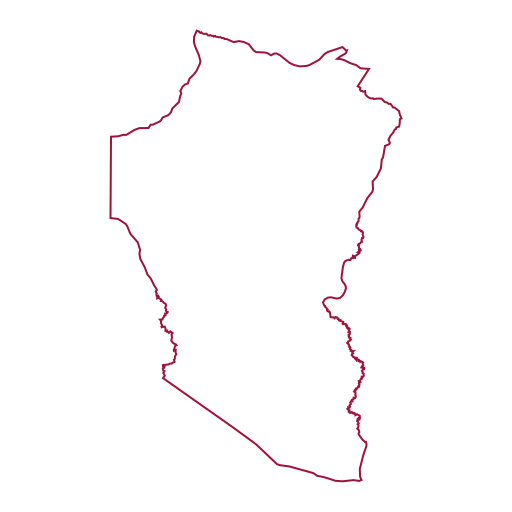 Koun Mom, Rôtânôkiri, Cambodia (Albers equal-area conic projection)
{"feature_id": "14789045B34257820589195", "entity_name": "Koun Mom", "entity_type": "district", "adm_level": 2, "iso_a3": "KHM", "parent_name": "Cambodia", "parent_adm1": "Rôtânôkiri", "projection": "albers", "projection_center": [106.798, 13.499], "detail": "fine", "context": "isolated", "style": "outline", "palette": "rose", "viewbox_px": 512, "rotation_deg": 0, "n_neighbors": 0, "source": "geoboundaries", "source_scale": "gbopen_adm2", "svg_char_len": 6041}
<svg xmlns="http://www.w3.org/2000/svg" viewBox="0 0 512 512"><path d="M361.5,480.0L360.1,476.8L359.8,468.9L363.4,454.7L366.4,446.1L366.5,444.1L365.9,441.9L365.1,442.1L362.5,439.7L358.9,434.7L358.5,433.4L359.4,432.0L358.5,429.5L357.3,428.7L358.3,427.0L358.5,425.3L357.7,424.3L358.7,423.5L357.8,421.5L357.1,421.1L357.7,419.7L359.4,419.6L359.4,419.1L357.9,418.7L358.9,417.6L359.9,417.8L359.7,415.7L357.2,414.3L355.5,415.2L355.5,414.2L354.4,413.9L354.4,413.1L352.4,413.3L352.2,413.0L352.7,412.6L352.0,412.0L350.1,412.9L349.6,412.7L349.5,410.8L348.7,411.3L348.6,409.7L347.4,408.9L348.2,408.1L348.2,407.2L349.5,407.7L350.1,406.5L349.5,405.3L350.9,403.9L350.2,402.6L351.0,401.5L352.2,401.4L351.5,400.5L351.9,399.8L353.4,399.4L353.6,397.7L355.1,398.1L355.9,396.4L355.2,394.8L355.5,394.3L355.5,392.5L354.4,391.8L355.2,391.3L355.7,390.2L354.9,390.0L356.1,388.4L357.0,388.6L358.4,386.1L358.9,386.8L359.2,386.4L359.5,383.9L358.9,383.5L359.6,382.3L360.5,382.0L360.3,381.3L359.8,381.3L358.9,382.0L358.7,381.1L360.0,380.6L361.0,378.9L361.8,378.8L362.3,377.6L361.6,377.2L361.7,376.6L362.8,376.8L363.7,376.0L363.7,373.7L362.6,373.2L362.7,372.0L361.9,370.9L363.3,369.3L364.0,369.3L364.2,368.9L363.6,368.8L364.0,367.9L362.8,368.1L362.8,367.5L361.4,367.4L361.8,366.4L362.5,366.5L363.3,365.3L362.5,363.1L363.0,362.4L360.9,361.2L360.2,361.8L360.0,361.1L358.7,361.1L359.0,360.0L358.4,359.6L357.0,359.5L356.6,360.3L355.9,359.3L357.1,358.5L357.0,358.1L356.3,358.3L355.8,357.8L355.1,358.5L354.6,357.5L353.7,356.9L353.3,357.1L351.7,355.0L352.0,354.1L353.0,353.6L352.5,353.0L352.7,352.4L352.0,351.8L353.3,351.0L350.7,350.7L350.9,349.6L350.5,348.9L350.0,348.9L350.3,347.8L349.4,347.3L349.8,346.6L348.8,345.8L349.1,344.9L348.3,343.6L347.6,343.6L347.1,342.9L348.0,342.2L348.2,341.4L349.7,340.8L349.8,340.2L350.9,339.7L350.3,338.6L350.4,337.8L349.1,337.7L348.6,336.1L349.0,335.8L348.6,334.7L349.8,334.1L349.9,332.0L348.5,332.0L349.6,329.1L348.8,329.0L348.7,328.0L347.6,328.0L347.5,328.4L347.2,328.1L346.6,326.7L347.3,326.1L346.7,325.2L346.0,325.4L345.7,324.0L342.9,324.1L342.6,323.8L343.1,323.3L343.3,321.9L340.2,320.9L340.3,320.1L339.2,320.5L338.2,319.4L338.7,319.3L338.5,318.5L337.4,318.2L337.0,317.4L335.4,317.1L334.6,318.3L333.7,317.4L330.6,317.2L329.8,312.1L329.3,311.4L328.4,311.7L327.1,310.7L327.0,309.4L327.5,309.3L326.4,307.8L325.3,307.1L325.2,306.0L324.3,305.7L323.0,302.4L324.7,299.5L327.9,297.6L331.0,297.3L337.0,298.6L340.2,297.8L342.9,295.3L344.8,291.8L345.9,288.5L345.7,286.2L344.6,284.0L342.4,281.3L341.4,278.2L342.9,267.1L344.0,262.8L345.1,261.2L346.4,260.5L348.5,259.8L350.4,260.1L351.3,258.1L352.7,258.2L352.9,255.7L353.8,256.0L354.6,257.9L355.1,257.9L355.0,256.3L355.4,255.9L359.4,253.2L359.5,252.7L358.0,252.2L358.9,251.7L358.8,250.6L360.2,250.8L360.7,250.5L360.6,250.0L360.1,248.9L359.1,249.0L358.9,246.3L358.0,245.4L358.1,244.9L358.8,244.8L358.7,243.9L360.0,243.5L361.2,242.0L362.0,241.8L361.5,240.1L361.9,238.1L363.3,237.9L363.5,237.2L362.6,234.6L363.0,233.1L362.7,231.8L361.1,231.4L361.4,230.7L358.5,229.4L358.1,228.3L356.7,227.7L356.2,226.4L357.1,224.1L356.6,224.2L356.9,223.4L358.6,220.9L358.6,218.8L359.6,217.2L359.3,211.7L362.6,207.6L367.4,198.0L372.5,191.6L373.0,188.8L372.6,181.5L376.7,176.9L380.9,168.4L381.8,159.5L383.1,157.2L385.0,145.9L389.1,144.2L389.9,142.9L388.5,139.6L390.4,135.9L393.0,132.8L394.7,129.6L396.0,128.9L396.3,127.5L399.1,126.6L399.8,122.9L399.8,119.7L400.0,119.1L401.5,118.5L399.7,114.3L399.2,111.3L394.6,107.5L393.2,107.5L390.5,103.8L388.7,103.9L387.1,102.6L384.6,101.9L381.6,98.7L377.9,98.5L373.8,99.0L372.9,98.3L371.0,98.5L369.6,98.0L367.5,96.7L365.5,94.6L365.1,91.1L363.1,91.7L362.2,91.0L360.9,90.9L359.9,89.6L360.4,87.8L357.7,86.3L369.0,68.9L360.5,68.3L356.2,65.1L350.1,63.1L344.4,60.2L341.1,59.2L337.1,58.8L340.2,56.5L345.1,53.8L346.2,52.6L346.9,50.5L346.3,50.7L342.5,47.1L327.8,52.0L324.8,53.8L319.0,59.9L309.3,65.1L306.6,65.9L300.1,66.4L294.6,65.2L289.7,63.0L280.0,55.2L276.8,53.5L274.2,53.5L271.1,55.3L267.5,53.2L265.1,52.5L256.0,52.1L253.5,50.3L248.8,44.2L243.5,41.9L238.8,41.1L234.5,42.0L232.8,41.8L226.9,39.1L224.4,38.9L223.9,38.1L221.8,38.0L220.4,37.1L219.0,37.3L215.3,36.5L215.1,36.0L213.7,36.5L213.2,35.9L212.0,35.9L210.2,35.1L209.8,35.5L208.0,35.4L206.5,33.7L203.7,33.9L202.2,33.3L201.4,32.3L200.5,32.9L199.6,32.5L199.2,31.5L196.7,30.7L194.1,36.9L193.9,42.2L195.1,46.4L198.8,55.0L200.4,61.0L199.8,63.9L196.4,71.1L193.7,74.6L189.5,78.7L187.8,83.5L184.8,84.6L182.5,86.8L180.3,91.1L181.3,93.4L180.1,96.4L179.0,101.9L172.3,108.5L171.1,111.9L169.6,113.9L168.1,115.2L162.7,117.5L160.7,120.7L159.4,121.6L153.1,124.6L150.6,124.8L148.5,128.0L139.4,128.1L134.5,129.9L126.3,134.9L123.4,134.8L118.2,136.3L111.0,136.7L110.5,218.1L118.0,218.9L125.5,223.8L127.0,225.7L130.4,233.9L137.8,242.4L140.1,249.9L139.4,253.5L140.3,258.9L144.8,267.3L147.4,274.5L150.7,278.4L154.1,285.3L156.7,289.4L156.8,290.1L155.7,291.5L156.8,293.7L156.4,294.4L156.6,295.9L156.9,296.3L158.2,295.7L158.7,296.6L157.5,297.5L157.2,298.4L158.8,298.0L161.3,299.6L160.9,300.9L162.4,301.2L164.2,303.1L165.4,303.6L166.2,305.2L165.2,307.7L166.2,309.6L165.9,310.8L166.6,311.6L167.7,312.0L167.5,312.6L166.6,313.4L165.1,313.6L165.5,315.4L164.1,315.7L164.1,316.6L162.9,318.0L162.5,319.4L160.0,319.6L161.1,320.9L161.0,323.0L162.2,325.6L161.4,326.6L161.8,327.2L162.6,326.5L163.1,326.9L164.8,326.6L165.6,329.1L165.5,330.8L167.1,330.6L166.9,331.7L168.0,332.0L168.9,332.9L170.3,331.3L172.6,333.0L171.5,334.2L172.0,337.2L171.3,340.7L173.4,343.3L175.9,344.4L176.5,345.3L175.5,345.5L174.8,346.7L174.6,348.4L173.7,349.9L173.9,350.8L175.7,350.1L175.6,352.6L176.3,354.3L174.9,356.5L174.8,358.9L173.9,359.8L174.6,361.6L174.4,362.1L172.3,362.8L171.6,363.6L170.0,363.6L168.4,364.5L165.9,364.7L164.6,365.3L163.7,364.8L162.9,365.1L163.0,366.1L164.0,366.0L164.6,366.7L164.3,367.7L163.1,368.1L162.9,368.8L163.4,370.8L164.5,371.2L163.3,373.1L164.8,375.6L163.0,378.1L233.0,427.4L256.1,444.3L276.9,464.1L279.4,465.1L289.6,466.5L313.6,473.2L316.9,475.7L325.3,477.5L335.5,480.8L342.6,481.3L353.6,480.1L359.3,480.9L361.5,480.0Z" fill="none" stroke="#9f1239" stroke-width="2"/></svg>